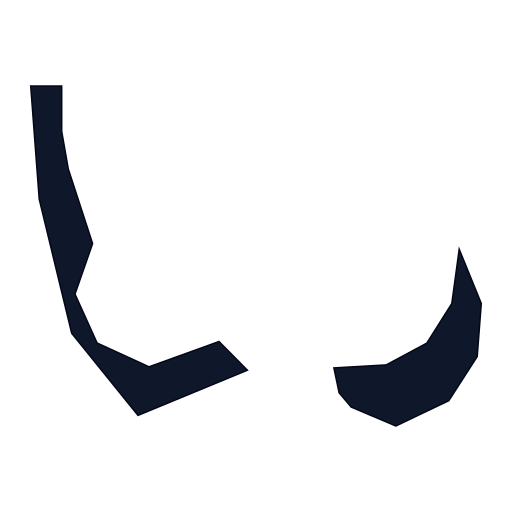 outline of Cocos (Keeling) Islands
{"feature_id": "IOA-1928", "entity_name": "Cocos (Keeling) Islands", "entity_type": "Province", "adm_level": 1, "iso_a3": "IOA", "parent_name": "Indian Ocean Territories", "parent_adm1": "", "projection": "albers", "projection_center": [96.87, -12.163], "detail": "fine", "context": "isolated", "style": "filled", "palette": "ink", "viewbox_px": 512, "rotation_deg": 0, "n_neighbors": 0, "source": "natural_earth", "source_scale": "10m", "svg_char_len": 434}
<svg xmlns="http://www.w3.org/2000/svg" viewBox="0 0 512 512"><path d="M219.0,341.5L247.4,370.2L138.0,415.4L71.7,333.3L39.2,199.1L30.7,86.0L61.7,86.0L61.7,131.3L68.3,169.0L92.6,243.6L75.0,294.1L97.1,343.0L149.0,366.8L219.0,341.5ZM395.8,426.0L351.2,407.1L339.1,392.8L333.9,367.9L386.2,364.9L426.8,343.1L451.8,303.5L459.2,249.2L481.3,303.5L477.2,356.6L448.8,400.7L395.8,426.0Z" fill="#0f172a" stroke="#020617" stroke-width="1.5"/></svg>